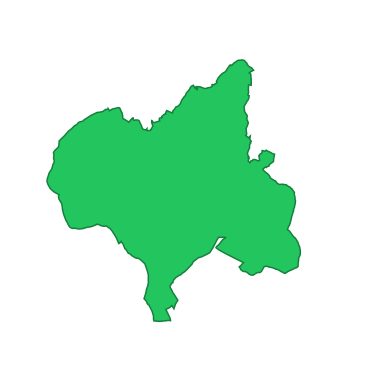 SIC, Cluj, Romania, rotated 325°
{"feature_id": "2599482B87199610196685", "entity_name": "SIC", "entity_type": "district", "adm_level": 2, "iso_a3": "ROU", "parent_name": "Romania", "parent_adm1": "Cluj", "projection": "mercator", "projection_center": [23.908, 46.924], "detail": "fine", "context": "isolated", "style": "filled", "palette": "green", "viewbox_px": 384, "rotation_deg": 325, "n_neighbors": 0, "source": "geoboundaries", "source_scale": "gbopen_adm2", "svg_char_len": 6025}
<svg xmlns="http://www.w3.org/2000/svg" viewBox="0 0 384 384"><g transform="rotate(325 192 192)"><path d="M275.6,251.2L275.7,250.1L275.6,247.4L275.8,247.0L275.4,246.6L275.2,244.6L274.2,242.6L273.6,241.2L273.5,240.3L271.6,238.6L271.0,237.8L267.9,235.9L267.0,234.3L266.7,233.2L266.8,231.0L266.0,229.8L264.3,225.6L264.7,223.6L264.6,221.4L263.9,218.7L263.3,217.2L263.0,214.3L263.1,214.0L266.0,213.6L266.3,213.7L266.8,214.5L267.8,214.4L270.1,214.9L270.5,214.3L271.0,214.1L272.9,213.8L275.7,213.9L276.3,213.7L277.8,211.8L281.3,208.4L280.6,207.6L279.8,206.3L278.7,204.0L277.3,201.7L276.8,200.3L275.4,200.6L273.3,198.3L271.8,199.9L271.1,200.2L269.2,200.0L267.4,200.8L267.3,201.0L267.3,201.6L266.4,202.9L266.2,203.8L265.4,204.9L263.5,203.9L263.4,203.2L262.2,201.5L260.6,200.4L259.8,201.0L257.9,200.3L256.8,200.9L256.4,201.3L256.0,200.9L255.8,198.9L256.7,198.0L258.2,197.1L258.7,195.9L257.9,196.0L258.8,194.4L259.3,192.6L259.8,192.0L262.0,190.3L264.4,189.0L266.3,186.2L267.8,185.9L267.9,185.1L269.6,184.6L269.6,182.6L269.9,181.6L271.8,179.6L269.3,179.9L268.4,176.5L269.6,176.3L270.2,175.6L272.7,171.0L275.3,169.5L277.5,167.9L277.9,167.4L278.2,166.4L278.4,164.7L278.6,164.2L279.3,162.9L280.7,161.7L281.2,160.1L281.0,159.3L281.2,157.7L281.1,156.4L281.6,155.8L283.5,151.9L289.3,149.2L290.3,149.0L292.2,147.9L293.5,146.5L294.1,146.1L293.5,144.4L295.3,143.1L298.1,138.7L299.0,137.9L299.6,136.8L300.2,136.8L301.7,138.5L302.5,137.2L302.8,137.1L304.3,134.9L304.5,134.2L305.2,133.6L306.5,131.1L307.7,129.4L307.7,127.6L307.3,127.2L308.0,127.1L312.3,127.6L312.0,124.1L311.5,123.7L310.4,120.9L310.8,117.4L310.4,116.1L310.4,114.5L310.3,114.2L308.7,112.4L307.0,111.7L305.8,110.8L304.5,110.4L302.6,110.6L300.8,110.3L297.1,111.1L296.4,110.8L296.7,110.3L296.1,109.8L295.2,110.0L291.8,111.2L289.1,112.4L287.6,112.6L284.7,112.3L281.7,112.8L278.6,113.7L275.3,115.5L275.3,116.6L273.9,116.9L272.7,116.6L271.4,116.8L270.2,115.5L269.8,115.6L269.6,116.0L270.1,116.1L270.0,116.3L268.5,117.2L265.8,116.3L264.9,115.7L263.9,115.6L262.3,114.9L261.5,114.1L260.5,112.9L259.7,111.4L258.5,110.1L257.4,109.1L255.8,108.1L255.6,109.1L255.8,109.9L255.4,110.2L255.5,110.8L254.9,111.1L254.1,107.9L254.1,107.2L254.4,105.4L252.9,105.0L250.9,105.3L248.3,106.7L244.3,107.6L241.9,109.2L240.1,109.5L236.2,110.9L233.3,112.8L232.3,113.3L230.7,113.6L228.7,113.5L227.7,113.1L224.7,114.3L223.8,114.3L223.0,114.6L221.3,116.1L218.0,110.8L216.4,111.6L215.2,113.0L214.4,112.4L210.9,112.7L210.5,112.8L210.3,113.6L210.0,113.9L208.0,112.9L207.5,113.0L206.9,113.6L206.3,115.2L201.3,113.7L200.1,112.6L200.2,110.7L200.0,110.4L198.6,112.3L198.6,113.5L198.0,114.2L198.2,115.0L197.8,115.5L195.3,116.8L194.0,117.2L194.1,117.5L192.8,117.5L191.9,117.1L191.8,116.8L190.4,115.9L191.4,114.3L190.3,114.7L189.8,114.5L188.4,113.3L187.9,112.6L188.0,110.0L188.6,109.0L189.1,105.3L189.6,103.6L189.4,102.7L188.9,102.0L187.1,100.6L185.6,100.1L185.5,99.7L185.3,99.1L185.4,98.8L186.7,97.2L185.8,97.6L185.2,97.7L185.0,97.4L180.1,98.5L180.0,97.5L179.6,96.6L179.0,95.4L178.7,94.2L177.7,92.6L177.7,91.6L178.7,90.2L180.1,87.0L180.4,84.5L180.9,82.4L180.8,81.4L180.2,80.7L174.5,78.4L171.1,78.1L171.0,77.4L171.2,76.3L171.2,75.5L170.9,75.8L169.7,75.6L168.7,74.8L165.2,74.9L162.2,73.7L159.9,72.4L153.4,71.3L144.6,71.0L143.9,71.3L143.1,71.3L139.6,70.0L138.5,70.0L137.3,70.6L133.3,70.4L129.5,71.1L125.6,71.3L120.6,72.6L112.4,74.0L110.1,77.0L108.2,78.6L103.4,79.3L101.3,80.1L100.9,80.6L100.1,82.6L98.0,84.9L97.6,85.8L97.0,87.5L96.3,88.5L94.0,89.6L90.4,92.6L86.2,94.3L81.0,98.2L79.6,99.7L79.0,100.9L78.4,102.9L77.9,107.2L78.0,108.8L79.0,112.8L81.5,117.9L80.1,119.0L79.3,120.6L78.9,121.9L78.7,125.7L78.4,127.2L77.3,129.5L76.0,131.8L74.2,136.3L73.1,140.3L72.4,143.4L72.3,145.3L71.8,148.3L71.7,149.8L71.9,151.1L72.7,152.6L73.5,153.5L75.3,154.5L78.0,157.4L78.6,157.7L81.4,159.3L85.9,160.8L89.3,162.5L93.4,163.6L95.3,163.7L95.2,164.0L96.9,165.0L98.1,167.4L99.9,169.3L102.3,170.8L103.9,175.2L104.2,177.9L104.0,181.1L104.1,181.8L103.6,186.9L102.6,191.3L102.5,192.3L103.6,192.3L105.5,191.9L105.1,192.7L105.6,193.4L105.8,193.9L105.6,195.4L104.5,199.9L105.0,201.8L104.7,204.7L104.7,205.5L105.2,206.5L105.9,207.5L106.1,209.4L107.8,213.3L108.4,214.2L110.3,215.9L111.4,219.6L112.2,223.8L110.3,230.5L109.1,233.9L108.2,235.6L105.4,239.4L104.4,241.1L101.5,243.8L98.6,245.8L98.0,246.6L95.8,248.6L91.5,251.9L91.5,252.2L91.7,252.6L92.0,255.8L91.5,257.0L91.3,257.9L91.5,259.1L91.9,259.9L90.9,266.7L89.4,271.3L87.3,274.5L86.8,275.7L91.4,279.5L94.3,281.1L95.7,281.7L96.3,282.4L97.9,283.0L99.3,283.9L100.6,285.1L100.9,284.7L101.7,282.6L103.3,273.1L107.2,273.9L110.3,273.4L110.2,277.3L114.4,274.2L118.3,272.6L118.6,266.8L118.6,263.8L119.1,260.9L119.4,257.1L120.3,256.4L121.6,255.9L122.1,255.3L122.6,255.2L124.4,255.3L125.0,254.4L126.2,253.8L126.9,253.2L127.7,253.3L130.1,252.8L134.0,253.0L135.4,253.4L136.2,253.1L138.1,253.0L140.6,253.1L150.5,251.2L152.7,250.0L153.5,249.8L159.5,249.5L163.0,250.7L168.1,251.5L171.7,251.9L176.8,249.8L185.7,245.2L186.9,244.9L187.8,244.4L192.6,247.7L193.4,248.5L192.8,248.8L189.8,248.7L183.9,250.5L181.5,250.7L179.7,251.3L180.5,254.1L183.1,259.6L188.6,270.0L193.7,279.4L192.7,279.5L190.2,280.2L187.7,280.4L187.8,281.3L187.4,283.6L188.1,285.8L188.5,286.5L190.4,288.2L191.3,290.2L191.5,291.7L192.6,293.8L194.4,295.2L197.8,295.3L199.3,295.6L200.2,295.9L200.8,296.6L201.9,297.0L203.2,296.9L208.0,294.7L208.8,294.7L209.8,295.1L211.3,296.3L211.7,297.4L213.6,299.1L215.5,301.6L216.2,303.0L217.5,304.4L218.5,306.2L219.3,308.3L220.5,310.1L220.7,311.0L221.2,311.7L221.9,312.1L225.4,312.2L231.1,313.3L232.2,313.2L234.0,314.0L234.9,314.0L236.3,313.7L237.8,311.6L240.6,308.6L241.1,307.6L244.5,305.6L245.9,303.9L247.0,302.2L248.7,298.7L249.1,296.5L250.0,293.5L250.0,291.7L250.2,290.7L250.1,288.5L249.7,287.6L249.5,285.2L249.5,280.1L249.0,278.3L248.6,277.8L248.6,277.5L250.7,276.0L252.9,275.0L255.0,273.5L260.3,268.7L264.6,265.5L264.9,265.1L265.0,264.5L266.7,263.6L267.8,262.7L268.7,261.6L269.8,260.8L271.7,258.6L272.6,256.4L273.5,255.2L274.1,253.3L274.9,251.9L275.6,251.2Z" fill="#22c55e" stroke="#15803d" stroke-width="1.5"/></g></svg>